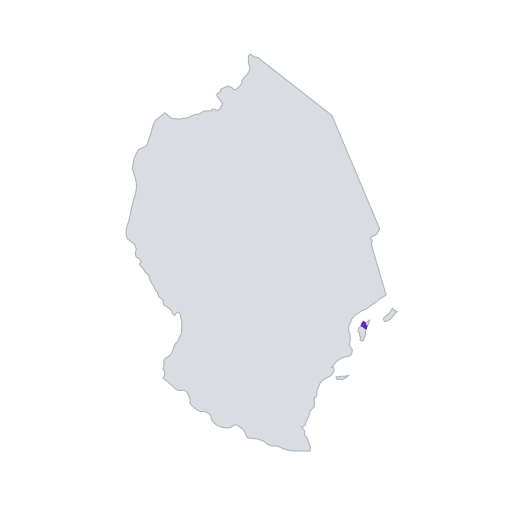 location of Kaskazini B, Kaskazini-Unguja, United Republic of Tanzania, rotated 38°
{"feature_id": "72390352B15073652071238", "entity_name": "Kaskazini B", "entity_type": "district", "adm_level": 2, "iso_a3": "TZA", "parent_name": "United Republic of Tanzania", "parent_adm1": "Kaskazini-Unguja", "projection": "mercator", "projection_center": [39.266, -5.966], "detail": "fine", "context": "in_parent", "style": "filled", "palette": "violet", "viewbox_px": 512, "rotation_deg": 38, "n_neighbors": 0, "source": "geoboundaries", "source_scale": "gbopen_adm2", "svg_char_len": 5115}
<svg xmlns="http://www.w3.org/2000/svg" viewBox="0 0 512 512"><g transform="rotate(38 256 256)"><path d="M198.4,345.2L193.6,342.6L189.3,341.1L185.7,339.4L184.2,337.7L180.8,337.1L178.0,336.8L175.3,335.3L169.8,334.7L169.2,333.7L169.1,331.4L168.2,330.8L166.2,330.2L164.1,330.2L162.7,330.6L162.0,330.4L160.2,329.1L158.6,327.4L157.9,324.6L155.4,322.9L152.5,321.5L144.5,321.6L143.3,321.2L141.4,319.8L139.2,317.6L137.4,314.9L135.8,311.4L134.2,306.7L125.0,287.7L124.0,284.1L122.3,280.1L119.3,275.2L116.2,271.6L112.0,268.3L107.2,265.1L104.6,262.9L99.7,254.0L98.7,249.8L97.9,245.5L98.2,243.7L101.3,238.2L101.6,236.6L101.3,234.5L99.7,230.1L97.8,224.7L93.9,214.9L93.4,212.4L93.4,210.6L95.7,200.6L95.7,199.3L104.9,199.5L111.6,195.1L117.4,188.6L118.6,185.9L121.0,181.7L123.3,179.7L124.2,178.2L125.5,174.1L128.6,171.3L131.6,169.1L130.9,167.6L131.4,167.0L133.0,165.9L136.2,164.9L136.8,162.7L136.8,160.3L136.3,158.9L136.4,157.3L135.9,156.4L133.8,156.2L130.8,155.0L128.1,154.4L126.4,153.7L125.8,153.2L125.5,151.7L126.9,147.9L125.5,146.4L128.7,140.1L129.3,139.3L130.4,139.2L132.3,138.5L134.0,138.2L135.4,138.5L136.4,138.2L137.3,137.5L138.1,135.4L138.7,131.8L138.4,128.9L137.0,126.7L136.7,123.3L137.3,118.7L136.8,114.9L135.4,111.8L133.9,110.0L131.6,109.1L127.9,104.5L126.8,102.2L127.0,100.8L128.3,100.2L130.6,100.4L132.8,99.9L134.8,98.6L136.7,98.3L137.8,98.5L229.3,98.5L336.3,158.2L336.8,158.9L337.6,164.1L337.4,165.8L335.8,168.8L335.3,170.3L335.3,171.4L335.7,171.8L337.1,172.0L338.3,172.7L338.7,173.2L339.6,175.5L340.8,176.6L381.5,205.9L382.4,206.4L381.8,208.8L379.5,214.8L379.4,217.3L378.5,220.2L377.6,222.2L375.3,230.6L373.3,233.8L370.6,241.1L370.2,246.8L371.7,250.7L372.2,254.5L375.4,258.1L377.9,259.4L379.6,261.1L382.6,264.9L384.3,268.7L389.7,270.6L391.9,274.8L391.1,277.8L388.6,280.2L386.2,284.2L384.3,289.4L384.3,297.3L385.6,296.1L388.4,298.1L388.8,303.9L385.8,310.7L384.9,313.9L384.8,316.7L386.9,324.8L390.2,329.0L389.9,330.3L389.1,331.4L394.6,338.8L394.2,345.2L396.3,350.2L397.2,354.6L398.5,357.9L398.8,360.2L397.1,362.7L401.1,363.4L403.5,365.4L404.6,367.4L407.6,367.4L409.1,368.7L411.4,369.8L416.5,373.2L417.8,374.9L418.6,376.5L404.8,387.1L399.8,389.8L396.2,391.1L392.4,391.8L388.7,393.4L385.3,396.1L380.9,397.4L375.5,397.4L369.9,399.2L361.1,404.7L355.9,401.7L351.9,400.7L347.2,400.8L344.4,401.2L343.4,401.8L342.5,403.7L341.7,406.8L338.7,409.7L333.3,412.5L328.4,413.6L323.9,412.9L320.8,411.7L319.2,410.0L316.9,409.3L313.8,409.4L310.8,410.6L308.0,412.8L303.5,413.7L297.2,413.4L293.9,412.4L293.4,410.5L290.7,408.4L285.7,405.9L282.0,405.9L279.7,408.2L277.5,409.7L275.6,410.3L273.8,410.4L271.3,409.8L264.4,409.5L257.9,409.6L257.3,406.2L255.9,404.1L254.7,402.9L252.5,402.6L251.9,401.6L251.1,399.5L250.0,397.7L248.5,396.2L247.7,394.8L247.4,393.5L247.6,392.1L249.0,388.6L249.4,386.2L249.2,383.8L248.5,381.3L247.0,378.3L247.1,377.4L246.6,375.4L246.5,374.0L246.8,372.2L246.6,369.9L245.2,364.9L245.2,363.6L243.8,361.2L239.5,355.5L239.3,354.8L232.5,349.0L229.8,347.8L228.8,348.8L228.4,349.8L228.7,351.7L228.6,352.6L228.3,353.0L226.7,352.9L225.7,352.7L223.1,351.2L221.1,350.8L216.1,351.1L214.4,351.4L213.0,351.1L210.4,348.5L207.3,347.9L204.5,347.8L200.0,344.8L198.4,345.2ZM390.4,249.9L392.6,256.1L392.4,257.3L390.8,258.0L390.0,258.1L389.0,257.1L388.3,254.9L387.1,255.5L385.0,252.9L383.0,252.8L381.2,249.8L381.9,247.2L381.5,242.7L383.7,240.4L384.9,236.6L386.3,239.2L386.7,243.3L388.6,248.1L390.4,249.9ZM401.2,212.6L401.3,214.1L400.9,215.5L401.0,219.9L400.8,222.9L399.2,227.0L397.8,228.4L396.6,228.0L395.6,227.3L394.8,226.2L396.4,218.7L395.6,213.3L398.7,213.8L401.2,212.6ZM396.7,302.9L395.1,303.3L394.5,302.9L393.5,301.7L395.2,300.6L396.8,298.6L400.6,295.6L402.4,293.2L402.1,295.6L400.0,300.6L398.2,301.0L396.7,302.9Z" fill="#d9dde1" stroke="#a8b0b8" stroke-width="1"/><path d="M382.4,241.6L382.5,241.7L382.5,241.8L382.4,241.8L382.4,242.0L382.2,242.1L381.9,242.3L381.9,242.5L382.0,242.9L381.9,242.9L381.9,242.7L381.8,242.4L381.7,242.3L381.7,242.2L381.8,242.1L381.8,241.9L381.7,241.8L381.8,241.8L381.7,241.8L381.6,241.7L381.5,241.8L381.4,241.9L381.3,242.0L381.3,242.3L381.3,242.5L381.4,242.8L381.3,243.0L381.2,243.1L381.2,243.3L381.2,243.5L381.3,243.6L381.3,243.8L381.3,244.0L381.3,244.3L381.3,244.5L381.4,244.8L381.5,245.0L381.6,245.3L381.6,245.5L381.8,245.6L381.9,245.8L382.4,245.8L382.5,245.9L382.9,245.9L383.0,245.9L383.2,245.7L383.4,245.7L383.5,245.7L383.8,245.5L384.1,245.6L384.3,245.5L384.5,245.5L384.8,245.6L385.0,245.6L385.3,245.7L385.5,245.8L385.6,245.7L385.8,245.7L387.1,245.5L387.4,245.4L387.5,245.4L387.5,245.2L387.4,245.1L387.2,244.9L387.1,244.7L387.0,244.4L386.9,244.3L386.9,244.2L386.8,243.8L386.7,243.6L386.7,243.3L386.6,243.2L386.5,243.3L386.3,243.3L386.2,243.3L385.8,243.5L385.6,243.6L385.4,243.8L385.2,243.9L385.1,244.0L385.0,244.3L385.0,244.5L384.8,244.5L384.7,244.5L384.7,244.4L384.7,244.2L384.7,243.9L384.8,243.7L384.7,243.7L384.4,243.7L384.4,243.4L384.4,243.1L384.5,242.9L384.4,242.9L384.2,242.9L384.2,242.7L384.2,242.4L384.2,242.2L383.8,242.0L383.7,242.0L383.4,242.0L383.2,242.0L383.1,241.9L382.9,241.8L382.9,241.7L382.7,241.6L382.4,241.6L382.4,241.6Z" fill="#8b5cf6" stroke="#5b21b6" stroke-width="1.5"/></g></svg>